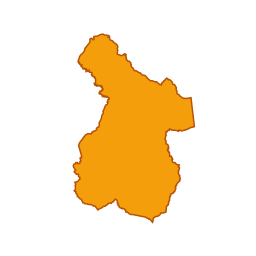 outline of West Gonja, Northern, Ghana, rotated 254°
{"feature_id": "2480657B54445116346139", "entity_name": "West Gonja", "entity_type": "district", "adm_level": 2, "iso_a3": "GHA", "parent_name": "Ghana", "parent_adm1": "Northern", "projection": "mercator", "projection_center": [-1.753, 9.223], "detail": "fine", "context": "isolated", "style": "filled", "palette": "amber", "viewbox_px": 256, "rotation_deg": 254, "n_neighbors": 0, "source": "geoboundaries", "source_scale": "gbopen_adm2", "svg_char_len": 5859}
<svg xmlns="http://www.w3.org/2000/svg" viewBox="0 0 256 256"><g transform="rotate(254 128 128)"><path d="M36.6,138.4L36.7,141.2L37.8,141.8L41.9,143.3L43.0,145.4L43.3,145.2L44.4,146.3L46.1,146.8L46.8,147.9L49.8,148.9L50.8,149.6L50.5,149.8L50.7,150.0L52.1,150.6L52.7,151.3L52.6,151.9L53.2,152.9L52.9,153.3L53.4,154.2L54.1,154.8L54.0,155.3L56.5,157.2L57.5,157.1L58.2,157.8L58.8,157.5L59.2,157.7L59.7,159.0L60.4,159.1L61.8,160.9L62.7,163.1L64.3,163.5L64.6,164.3L66.9,164.1L67.5,164.7L70.1,163.8L70.7,164.3L71.6,164.1L72.3,164.5L72.7,164.4L73.0,165.2L73.7,165.1L75.2,166.5L75.8,166.5L76.7,165.7L77.9,166.7L78.2,166.6L78.4,167.1L78.6,167.0L78.7,165.8L80.5,164.0L81.5,163.8L82.7,161.6L84.8,161.4L85.3,162.1L85.8,161.5L86.6,162.4L87.5,161.9L88.9,161.9L89.3,160.2L89.8,160.2L90.6,160.8L91.3,160.6L92.8,161.0L93.2,160.7L93.3,161.0L94.7,160.6L94.9,160.0L95.4,159.7L96.4,160.2L96.5,160.9L97.3,160.7L97.5,160.8L97.2,161.4L98.5,161.9L101.2,161.6L102.4,160.2L105.3,161.0L106.7,160.4L110.1,162.2L110.5,162.8L111.4,162.4L113.1,163.4L113.7,163.3L114.0,164.1L113.6,164.7L114.7,165.8L114.6,166.6L115.1,167.1L114.7,167.2L115.5,168.0L113.8,169.5L113.9,170.1L113.2,171.3L112.4,173.7L110.9,175.6L111.3,176.3L111.8,176.3L111.9,177.0L111.3,177.3L111.3,178.0L110.3,178.9L110.4,182.0L110.1,182.3L110.5,183.8L110.5,185.9L111.1,187.7L111.0,192.2L139.8,196.9L140.0,193.7L141.2,189.5L143.9,187.1L146.2,186.0L147.1,184.9L148.3,184.6L149.9,185.2L152.2,184.9L153.3,185.6L156.8,184.7L157.7,183.2L160.4,183.0L162.5,181.8L163.2,180.9L163.2,180.1L163.9,179.8L164.1,179.9L164.4,179.4L165.2,179.1L164.9,178.0L163.8,176.7L163.5,175.4L162.7,174.8L162.5,173.8L161.9,173.4L161.8,172.6L160.3,172.0L160.8,171.5L160.8,170.7L161.4,170.1L162.3,169.8L163.5,168.6L164.3,168.5L164.7,168.0L164.8,166.9L166.6,164.6L167.3,162.4L170.9,160.2L172.8,159.5L173.7,158.8L174.2,158.2L175.0,156.3L177.7,154.9L178.3,153.6L180.2,152.3L181.1,150.9L181.4,149.9L184.2,149.3L185.4,148.4L186.9,148.1L187.4,148.1L187.9,148.6L189.3,148.3L190.0,148.6L190.5,148.1L191.6,147.9L192.4,146.2L194.6,145.4L195.1,145.6L195.7,145.4L196.1,145.8L196.7,145.6L197.9,145.9L198.2,145.5L198.8,146.2L199.1,145.5L199.2,145.8L199.9,145.4L200.0,145.6L200.3,145.2L199.2,142.0L201.7,138.2L202.8,138.2L205.6,139.6L207.2,139.5L208.4,140.4L210.2,140.6L212.2,139.7L213.4,138.4L216.1,137.1L217.6,135.1L219.4,135.0L220.4,135.3L220.9,133.9L221.6,135.2L222.4,134.7L224.0,130.8L225.2,129.8L225.4,127.0L224.7,124.0L225.4,120.6L224.8,120.0L223.0,120.0L222.4,119.3L222.4,118.7L224.3,117.7L224.3,116.5L223.5,115.7L222.2,115.6L220.5,114.4L216.4,108.6L214.5,107.7L212.6,105.4L211.2,102.5L209.6,100.8L208.1,100.1L207.0,99.0L205.7,98.3L204.5,98.5L204.8,98.9L204.6,99.3L203.0,99.1L203.0,99.4L202.6,99.2L202.0,99.6L201.8,100.1L200.8,99.9L200.9,100.7L200.6,100.4L199.6,100.3L198.7,100.9L197.5,100.9L197.0,101.6L197.4,102.2L196.6,102.7L196.9,102.9L196.6,104.0L195.9,104.2L196.2,103.8L196.1,103.4L195.5,103.9L195.5,103.4L195.2,103.5L195.2,103.9L194.6,103.6L194.8,104.0L194.0,104.1L194.2,104.3L193.8,104.9L194.0,105.2L193.6,105.6L194.2,106.4L192.9,106.1L192.2,106.3L191.8,107.8L190.8,108.6L189.7,107.6L188.9,108.0L188.8,107.7L188.4,107.7L188.2,108.1L187.8,108.1L187.6,108.7L186.8,108.7L186.6,109.8L186.2,110.0L185.4,109.8L185.3,110.1L185.0,109.9L183.9,110.3L180.0,109.2L180.2,107.8L179.2,107.9L179.5,108.2L179.0,108.6L178.0,108.5L177.6,108.9L178.0,109.3L177.9,109.9L177.4,109.8L177.3,110.2L176.9,109.8L176.8,110.2L177.1,110.2L177.3,110.8L176.4,111.0L176.8,111.1L176.9,111.4L176.5,112.6L176.3,112.6L176.3,113.2L175.5,113.0L175.4,113.3L175.8,113.4L175.8,113.8L175.2,114.2L175.2,113.3L174.7,113.6L174.8,114.1L174.1,113.9L173.3,114.6L172.1,114.6L172.3,113.8L171.9,113.6L172.0,114.1L171.5,114.0L171.5,113.5L170.8,113.0L170.8,112.7L171.2,112.9L171.3,112.4L170.8,112.2L170.6,111.4L170.8,111.2L170.4,111.1L170.3,110.5L169.8,109.9L169.2,109.9L169.3,110.1L168.5,110.5L168.8,110.9L167.9,111.3L167.7,111.9L166.9,111.9L165.9,112.4L166.0,113.1L165.5,113.1L165.2,112.5L165.0,113.1L164.4,113.1L164.7,113.2L164.4,113.8L165.2,114.5L164.8,115.1L163.9,115.2L163.7,115.7L164.3,116.1L164.2,116.4L163.3,116.4L162.8,117.6L162.3,117.7L162.2,118.0L161.0,118.0L161.0,117.2L160.5,116.2L159.2,116.2L159.1,115.5L158.5,115.1L157.8,115.6L157.4,115.4L156.3,114.3L156.2,113.0L154.1,111.1L153.0,110.6L151.9,109.3L150.6,108.5L150.1,108.7L148.9,108.3L147.6,106.6L143.7,104.5L141.1,101.8L138.5,101.1L137.0,100.2L137.2,99.1L136.3,97.5L135.6,97.6L134.7,96.8L134.3,95.8L134.5,94.7L134.1,93.5L134.2,92.7L133.9,92.2L133.3,92.1L132.4,90.9L133.2,89.5L133.6,87.4L132.8,84.8L132.0,84.0L131.0,82.2L130.0,81.4L128.3,78.8L126.6,76.9L124.6,75.7L113.6,75.7L113.3,75.3L112.3,75.2L112.6,74.0L112.2,73.6L109.1,73.6L109.1,72.6L107.5,72.2L107.3,71.0L107.5,70.1L108.6,70.0L108.5,69.4L109.1,68.9L109.1,68.3L108.2,67.9L108.1,66.0L106.8,65.0L105.2,64.9L101.9,66.1L101.1,64.4L100.5,64.2L98.7,65.3L98.0,65.4L97.5,66.0L97.2,67.6L95.2,67.1L94.5,67.4L94.0,68.1L93.0,67.7L92.3,67.9L91.4,66.1L90.4,65.1L90.5,61.9L88.4,62.3L87.1,61.2L85.2,61.2L83.4,60.4L82.6,59.1L82.2,59.6L81.8,59.4L81.0,60.4L80.3,59.9L78.9,60.1L78.1,61.0L76.5,60.5L76.6,60.8L73.5,62.0L72.4,63.4L68.5,64.1L68.2,64.8L67.1,65.7L66.2,68.1L65.6,68.5L65.1,69.7L65.1,70.5L64.7,70.7L64.3,71.9L62.6,73.2L62.1,74.8L57.5,76.5L58.0,77.3L58.5,80.9L59.4,82.9L59.1,84.6L59.6,85.2L60.0,87.2L61.0,88.4L61.0,89.6L60.3,90.8L60.3,91.4L61.4,92.8L61.1,93.8L61.8,94.2L63.0,95.9L62.6,96.0L62.7,96.5L61.8,97.5L60.3,97.6L59.0,97.1L58.5,97.4L58.1,97.1L57.9,97.5L57.1,97.6L56.4,97.1L55.4,97.9L54.0,97.9L52.6,99.5L52.8,99.8L51.8,100.5L51.9,101.2L51.2,102.2L50.2,102.5L49.6,103.1L49.0,102.8L47.6,102.9L47.4,104.2L45.6,105.2L44.0,106.9L43.6,108.5L37.4,120.5L36.3,121.2L35.5,122.4L34.8,122.8L34.8,123.4L33.1,124.5L30.6,125.5L31.7,126.5L32.9,126.7L34.7,128.0L35.3,130.7L35.0,131.8L35.2,133.5L35.5,133.8L36.1,135.3L37.0,136.1L37.2,136.6L36.6,138.4Z" fill="#f59e0b" stroke="#b45309" stroke-width="1.5"/></g></svg>